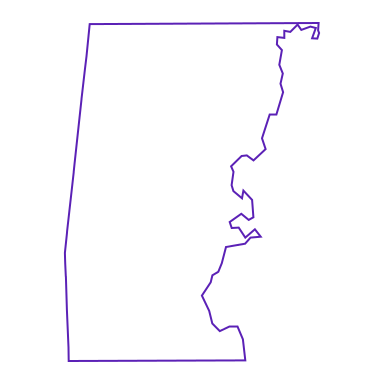 the district of Choctaw, Alabama, United States of America
{"feature_id": "52423323B57218396029551", "entity_name": "Choctaw", "entity_type": "district", "adm_level": 2, "iso_a3": "USA", "parent_name": "United States of America", "parent_adm1": "Alabama", "projection": "orthographic", "projection_center": [-88.16, 32.004], "detail": "fine", "context": "isolated", "style": "outline", "palette": "violet", "viewbox_px": 384, "rotation_deg": 0, "n_neighbors": 0, "source": "geoboundaries", "source_scale": "gbopen_adm2", "svg_char_len": 996}
<svg xmlns="http://www.w3.org/2000/svg" viewBox="0 0 384 384"><path d="M68.7,361.0L245.3,360.4L242.9,339.3L237.5,326.5L229.5,326.5L219.8,331.1L212.3,323.5L209.2,310.9L201.9,295.6L210.7,282.3L212.4,275.3L218.3,271.8L221.8,263.2L226.0,247.0L245.1,243.7L250.5,237.6L260.7,236.7L254.9,229.3L245.3,237.6L238.7,227.6L231.7,228.0L229.7,222.0L241.3,213.8L248.7,219.9L253.4,217.3L252.1,199.9L243.4,190.6L242.0,198.3L233.4,191.1L231.6,185.2L233.5,171.8L231.1,166.3L241.6,156.0L246.8,155.4L253.5,160.4L265.6,149.1L262.0,138.3L269.7,114.5L276.4,114.5L283.1,92.2L280.5,83.7L282.8,73.5L279.3,64.8L281.9,50.1L276.9,44.5L277.4,37.1L284.3,37.9L284.3,30.8L290.3,31.9L297.6,24.6L301.3,29.9L310.4,26.6L315.8,28.0L312.1,38.3L317.3,38.6L319.1,33.0L318.1,30.4L318.6,23.0L89.7,24.1L86.5,56.3L85.0,68.7L81.5,99.0L81.5,99.4L79.4,118.8L74.4,165.1L73.7,171.9L73.7,172.4L67.1,231.2L67.0,232.8L64.9,252.9L65.2,263.2L65.8,276.3L65.9,276.5L66.9,309.8L68.5,347.5L68.7,361.0Z" fill="none" stroke="#5b21b6" stroke-width="2"/></svg>